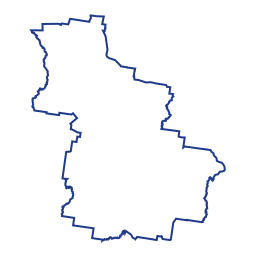 the district of Central Goldfields, Victoria, Australia
{"feature_id": "25037944B6031326285684", "entity_name": "Central Goldfields", "entity_type": "district", "adm_level": 2, "iso_a3": "AUS", "parent_name": "Australia", "parent_adm1": "Victoria", "projection": "natural_earth1", "projection_center": [143.694, -36.979], "detail": "fine", "context": "isolated", "style": "outline", "palette": "blue", "viewbox_px": 256, "rotation_deg": 0, "n_neighbors": 0, "source": "geoboundaries", "source_scale": "gbopen_adm2", "svg_char_len": 5715}
<svg xmlns="http://www.w3.org/2000/svg" viewBox="0 0 256 256"><path d="M34.3,109.6L34.4,110.5L46.6,112.2L46.4,113.4L59.1,115.1L59.4,112.8L71.3,114.5L73.0,113.3L77.0,118.1L70.4,123.7L71.4,124.9L70.8,129.2L72.2,129.5L77.5,132.4L80.6,132.8L80.0,137.0L77.3,136.6L76.5,142.0L72.2,141.4L70.8,151.2L70.1,151.6L66.2,151.9L62.5,178.4L67.1,179.0L66.2,179.7L65.8,179.7L65.6,180.0L66.1,180.9L65.7,182.4L65.4,182.8L65.5,184.0L65.3,184.6L65.7,186.1L66.2,186.7L66.2,188.2L66.5,188.4L66.8,188.3L67.0,187.1L67.9,186.6L68.6,186.9L69.0,188.0L69.7,187.8L69.7,187.1L70.0,186.6L71.7,187.5L71.8,188.1L71.6,189.0L72.0,189.4L71.7,190.1L71.9,191.1L72.3,191.8L72.9,192.1L72.6,193.3L73.2,193.9L73.1,194.6L73.3,194.9L73.1,195.2L73.0,196.4L72.7,196.7L72.5,198.1L70.2,199.5L69.6,201.9L69.0,202.8L68.1,203.2L67.6,203.9L66.5,203.6L65.7,204.7L64.3,205.4L63.7,206.8L63.2,206.8L62.7,206.5L62.4,206.6L62.4,207.1L63.0,208.3L62.7,208.9L62.8,209.5L62.2,209.8L62.2,210.6L62.3,211.1L63.0,211.9L62.6,213.0L62.1,213.5L61.7,214.3L62.3,215.2L62.1,216.1L74.2,217.9L73.1,225.4L93.6,228.3L92.1,238.1L102.4,239.6L102.3,240.6L102.6,240.3L103.5,240.2L104.1,239.9L104.3,239.3L104.5,239.1L105.5,239.6L106.3,239.6L106.7,239.0L107.1,238.9L107.7,239.5L108.1,239.5L108.1,239.1L108.9,238.9L109.2,237.9L109.6,237.8L109.9,237.3L111.1,237.5L111.1,237.8L111.4,238.1L111.7,238.7L112.7,238.6L113.4,237.9L114.1,238.1L114.2,237.9L115.4,237.6L116.1,238.1L117.2,237.5L117.9,238.2L119.3,237.9L119.5,237.7L119.7,236.7L120.4,236.6L120.2,235.6L121.4,235.1L121.6,234.1L123.1,233.8L123.1,233.2L122.5,232.2L123.1,231.1L124.0,230.6L124.6,231.5L125.0,233.1L125.9,231.0L128.9,233.2L130.1,233.8L131.4,235.2L132.2,236.9L133.2,238.1L134.7,238.5L135.2,239.1L135.4,238.6L135.9,238.6L136.4,238.2L136.9,237.1L137.8,237.0L156.7,240.0L157.4,236.0L160.6,236.5L161.4,236.1L161.9,236.5L162.1,237.9L162.6,239.0L170.2,240.1L170.8,239.6L173.3,222.6L176.0,218.7L186.9,220.3L186.9,219.9L202.1,222.2L202.9,221.9L202.9,220.7L203.4,220.3L203.3,220.0L204.1,219.5L203.8,218.5L204.5,218.1L204.8,217.3L205.9,217.0L205.8,216.5L206.4,215.5L206.4,214.8L206.8,214.4L206.5,213.7L206.4,212.9L206.0,213.0L205.6,212.7L205.7,211.9L206.3,212.0L206.4,211.7L205.5,210.8L206.2,209.1L207.2,208.6L206.9,207.9L207.1,207.2L206.9,206.9L207.1,206.3L206.5,205.1L206.9,204.4L206.9,203.8L206.7,203.5L206.9,202.2L206.4,201.7L206.4,201.1L206.0,200.6L205.4,200.4L204.8,198.8L204.2,198.4L204.8,197.5L205.2,197.3L205.4,196.6L205.9,196.1L205.9,195.4L206.2,195.2L206.0,194.9L206.2,194.2L206.9,193.7L206.8,192.7L206.3,191.9L206.2,191.3L206.5,190.6L206.4,189.8L206.8,188.6L206.5,187.9L206.8,187.1L207.3,186.6L207.3,185.9L207.7,185.9L207.7,185.7L207.1,184.2L207.9,182.8L207.5,181.3L208.4,180.9L209.3,179.8L209.4,177.7L209.7,177.6L210.1,177.2L211.0,177.9L212.2,180.5L212.5,180.7L212.8,180.7L213.7,179.1L213.3,178.3L213.5,177.5L215.0,175.2L216.1,174.7L218.0,174.3L219.8,171.7L222.6,171.4L224.2,170.8L224.8,169.6L224.4,166.4L223.0,164.0L221.5,162.5L219.0,162.0L217.0,160.9L216.7,160.2L216.6,158.7L216.4,158.1L215.8,157.3L214.3,156.0L213.9,155.2L213.5,153.4L211.3,151.6L211.0,151.1L210.6,150.1L184.7,146.5L183.3,147.5L184.7,137.5L181.7,137.4L178.6,136.6L179.3,131.3L160.4,128.8L161.5,128.8L162.3,127.9L162.3,127.3L161.9,126.9L161.9,126.3L161.6,126.1L161.6,125.7L162.0,125.1L162.5,125.2L162.7,124.9L162.4,124.2L162.5,123.8L161.8,123.4L162.0,122.5L162.4,122.1L162.3,121.6L162.5,121.2L163.6,121.1L163.8,120.8L164.2,120.6L165.7,121.0L165.8,120.4L166.3,119.8L165.9,118.8L167.9,118.6L168.4,117.8L168.9,117.6L168.9,117.1L169.7,116.6L170.7,115.4L170.7,114.9L169.2,114.1L169.3,112.8L168.0,109.9L167.6,109.2L166.8,108.7L166.9,107.9L167.3,107.2L167.2,106.8L166.6,106.6L166.0,105.8L166.6,105.0L167.4,104.7L168.6,103.4L169.0,102.6L168.9,102.4L169.1,101.9L169.4,101.9L169.6,101.0L169.9,100.7L170.4,100.4L171.8,100.3L171.7,99.5L171.9,97.7L172.6,96.9L173.3,96.6L172.7,95.3L172.8,94.5L173.0,94.1L169.3,93.6L170.3,87.3L167.7,86.8L167.0,86.9L166.5,85.5L166.0,85.0L155.8,83.4L150.7,82.2L146.2,82.5L138.4,80.0L134.5,79.5L134.3,77.9L133.6,76.4L134.2,76.2L133.9,75.0L134.7,70.1L134.9,70.2L135.2,68.6L127.1,67.5L127.1,67.3L120.8,66.3L120.5,65.6L115.1,60.1L109.5,58.3L107.1,56.8L106.6,55.7L106.4,54.9L107.5,49.5L105.6,36.3L103.0,30.7L104.6,31.0L105.0,28.3L105.4,28.4L105.4,27.8L105.1,27.7L105.5,24.6L102.2,24.1L103.8,16.5L96.1,16.2L90.7,15.4L90.5,15.6L90.8,16.9L90.8,18.5L89.6,20.3L89.3,21.8L70.1,18.8L68.2,24.4L61.8,23.5L61.1,24.9L60.0,24.6L60.1,24.1L58.0,23.8L42.5,24.0L42.6,30.4L31.2,30.3L32.0,31.7L32.0,32.4L32.8,32.9L33.2,32.7L34.0,32.8L34.1,33.5L35.1,34.2L35.4,34.9L36.3,35.1L37.0,35.6L36.8,36.3L36.2,37.0L36.8,37.5L37.3,38.6L38.2,38.9L38.6,39.6L39.4,40.1L39.4,40.6L39.8,41.2L39.8,41.9L40.0,42.2L40.0,43.3L40.3,43.8L40.6,45.2L42.0,46.4L42.6,47.9L43.4,47.6L44.3,48.5L44.7,49.4L44.4,50.4L44.7,51.5L45.4,52.0L45.9,52.1L46.0,52.8L46.5,53.3L46.4,53.8L46.8,54.3L46.6,54.9L46.7,55.4L45.6,55.9L45.5,57.6L45.1,58.2L44.7,58.2L44.4,58.7L43.8,59.2L43.7,59.4L44.0,60.0L43.7,60.5L43.7,61.5L43.9,61.9L43.9,62.3L44.5,62.9L44.3,64.5L44.4,64.9L44.1,65.4L44.3,66.7L45.7,68.2L46.1,69.0L46.5,69.3L46.9,70.4L47.7,71.1L47.7,72.0L47.5,72.4L47.9,74.2L48.0,75.4L46.8,77.1L47.2,79.2L47.7,79.9L47.1,81.3L47.2,81.8L46.8,82.1L47.0,82.3L46.7,82.6L46.7,83.0L46.9,83.3L46.7,83.5L46.9,84.2L45.8,84.7L46.1,85.2L45.9,85.8L45.4,86.1L45.5,86.6L45.0,87.1L44.8,87.9L43.7,88.8L42.9,89.0L42.8,89.5L42.5,89.6L41.5,89.6L40.7,88.5L40.0,88.4L39.7,89.0L40.1,89.4L39.7,90.0L39.2,90.1L39.3,90.6L37.8,91.4L38.0,92.0L38.6,92.6L38.8,93.7L38.4,93.9L38.3,94.3L36.9,95.5L35.5,96.1L35.4,96.4L35.9,97.2L35.1,98.0L33.2,98.2L32.7,98.6L32.5,99.4L32.8,100.3L32.5,100.9L32.7,101.4L32.7,102.2L33.2,104.7L32.4,106.2L32.4,106.9L32.6,107.1L33.6,107.3L33.6,108.3L33.9,109.1L34.3,109.6Z" fill="none" stroke="#1e3a8a" stroke-width="2"/></svg>